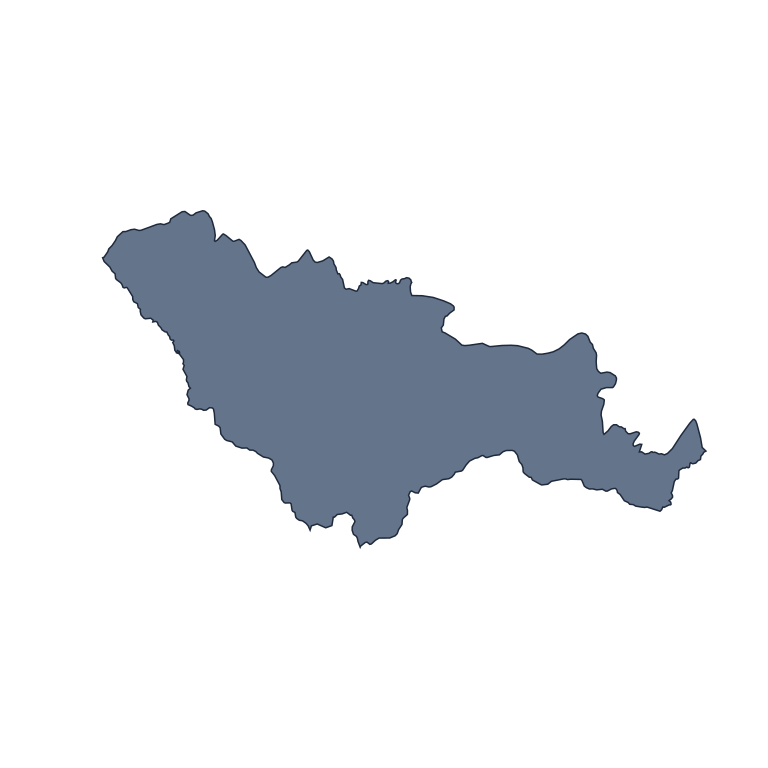 outline of Bagata, Bandundu, Democratic Republic of the Congo, rotated 217°
{"feature_id": "63176286B20425932648522", "entity_name": "Bagata", "entity_type": "district", "adm_level": 2, "iso_a3": "COD", "parent_name": "Democratic Republic of the Congo", "parent_adm1": "Bandundu", "projection": "mercator", "projection_center": [17.479, -3.93], "detail": "fine", "context": "isolated", "style": "filled", "palette": "slate", "viewbox_px": 768, "rotation_deg": 217, "n_neighbors": 0, "source": "geoboundaries", "source_scale": "gbopen_adm2", "svg_char_len": 6132}
<svg xmlns="http://www.w3.org/2000/svg" viewBox="0 0 768 768"><g transform="rotate(217 384 384)"><path d="M684.7,315.5L681.2,313.4L673.3,312.4L669.1,310.5L665.1,310.2L661.9,306.8L660.6,306.4L655.3,306.4L653.2,305.8L650.6,304.1L649.3,304.4L647.8,306.2L646.9,306.3L637.4,302.6L635.4,300.2L633.3,299.1L629.3,299.8L626.3,297.2L623.4,297.0L622.6,295.5L619.7,293.0L615.5,292.1L613.9,292.4L609.9,296.1L606.7,296.1L606.0,294.4L604.0,296.6L602.1,296.9L599.6,295.2L596.2,294.7L593.9,293.7L590.2,293.9L588.7,294.8L585.6,293.2L584.0,293.0L581.8,291.2L580.2,291.1L578.6,292.3L577.7,291.9L577.7,290.0L574.5,288.3L571.4,285.1L569.0,284.3L568.6,284.7L569.1,286.4L567.1,286.8L566.2,286.0L567.0,285.6L567.6,284.3L565.8,284.9L558.8,282.8L557.2,280.7L556.8,279.2L554.7,278.6L553.4,274.8L545.9,271.4L544.3,268.3L543.1,267.4L541.3,267.0L538.2,264.5L536.1,264.2L536.7,261.3L534.9,256.9L530.9,254.9L529.9,253.6L529.3,250.7L528.1,249.6L524.4,250.5L521.2,250.8L519.8,250.4L518.1,251.1L516.1,253.3L514.2,254.2L512.3,254.4L510.3,256.2L509.1,260.1L506.6,261.6L505.2,261.4L502.0,258.6L494.6,250.2L490.8,250.9L488.6,250.5L484.2,245.9L478.0,244.0L475.7,244.2L470.4,246.4L465.0,245.2L458.9,247.3L455.0,250.4L451.4,250.4L448.9,252.3L445.7,252.9L443.2,252.5L436.4,253.1L431.7,255.4L427.8,255.9L424.7,254.3L423.2,252.1L422.3,247.6L421.4,246.4L416.3,245.1L406.0,240.3L404.1,237.9L401.2,236.0L396.1,230.2L392.4,229.2L391.1,229.6L387.7,232.4L386.1,232.4L381.4,227.8L380.3,227.4L377.8,227.8L374.4,224.6L372.9,224.1L369.7,224.2L366.7,225.7L362.3,225.8L359.2,225.1L355.1,222.8L356.6,227.0L353.1,232.0L344.0,234.1L340.4,239.6L344.4,247.2L343.4,247.9L342.8,251.7L339.3,255.0L336.6,259.1L331.8,259.0L330.8,259.8L328.3,258.2L326.2,257.8L324.4,256.7L323.4,250.8L321.4,248.0L317.9,245.6L314.3,245.7L312.5,244.8L310.0,242.6L304.8,239.3L305.1,240.5L303.6,246.2L302.4,247.5L298.8,247.4L297.8,248.7L296.8,254.1L295.2,258.0L286.7,264.5L283.7,269.6L283.4,272.4L284.7,276.6L285.1,282.6L287.8,286.9L287.9,288.4L286.8,293.9L289.1,297.1L291.4,299.0L293.9,307.2L294.8,308.3L297.4,309.9L298.3,313.8L297.5,315.2L293.6,315.9L291.0,317.5L291.9,323.2L291.6,324.6L289.6,327.2L286.1,328.8L284.6,330.3L281.9,335.8L279.8,342.8L275.2,347.4L273.9,350.3L273.6,354.1L274.0,356.5L269.7,361.2L269.3,362.6L269.7,368.7L269.3,374.0L266.6,379.5L264.7,381.5L262.8,385.6L261.9,386.5L258.4,386.7L257.3,387.5L253.4,392.9L249.2,396.9L248.2,401.5L246.4,404.4L241.7,408.1L239.4,408.8L234.8,407.6L229.4,403.5L225.4,402.6L222.6,400.7L220.0,397.6L218.1,397.1L211.9,397.0L210.3,398.0L207.7,396.7L198.4,398.0L197.3,398.3L192.9,402.5L191.7,407.1L183.6,416.1L182.2,417.3L179.8,418.2L177.6,420.3L169.3,426.3L168.1,426.2L162.6,423.0L159.9,423.0L156.9,423.7L153.9,426.0L150.5,427.4L146.2,431.4L142.4,431.9L141.2,432.8L139.2,437.1L136.7,439.7L135.6,439.9L133.7,439.2L132.2,437.8L129.0,437.9L121.8,435.4L117.7,436.3L115.4,435.8L112.3,437.7L109.6,437.9L104.8,440.4L101.5,442.3L99.9,444.0L87.0,448.5L86.6,450.5L87.3,453.5L86.0,454.2L83.5,459.0L82.4,460.0L82.4,460.8L83.9,462.2L86.2,462.4L85.4,465.2L85.4,467.3L86.5,468.6L89.1,469.9L89.5,472.3L93.4,480.7L93.6,483.7L92.3,484.9L92.1,486.1L96.2,492.1L96.2,493.2L94.8,496.7L93.0,498.0L92.1,499.9L90.7,500.1L90.3,500.7L90.1,501.5L91.7,504.6L91.8,505.5L89.4,506.1L87.4,508.5L87.1,511.7L85.8,514.1L87.5,517.1L87.2,520.2L87.6,521.7L86.5,524.2L91.7,524.8L98.9,531.6L110.1,540.4L113.0,542.2L115.1,542.5L115.7,541.9L116.2,536.9L115.9,521.4L114.8,506.0L115.8,499.1L117.4,496.2L120.4,495.3L122.3,493.5L125.2,493.0L126.9,492.4L128.0,491.2L129.2,491.2L129.9,490.5L130.6,488.2L133.4,485.1L137.4,484.9L139.2,483.4L141.8,490.9L143.5,489.9L146.4,484.9L147.9,484.9L149.1,486.2L149.8,489.1L149.9,497.1L150.4,498.4L152.1,498.5L153.8,497.6L157.5,492.3L159.2,491.2L162.7,491.8L164.6,493.5L165.6,492.7L168.6,492.6L170.4,491.4L173.8,491.4L176.1,489.6L176.9,486.9L176.9,481.3L178.0,476.2L179.7,477.0L187.1,485.6L191.9,489.8L194.0,493.2L196.2,500.0L198.1,503.3L198.8,504.0L200.6,503.9L204.9,502.5L206.0,502.6L206.8,503.3L207.5,505.4L207.6,510.4L204.3,514.9L199.3,518.7L199.0,519.8L199.3,523.5L200.8,527.1L201.9,528.6L204.1,529.7L210.3,529.2L213.1,527.7L217.4,523.0L220.5,523.1L223.4,524.3L228.0,529.5L231.4,534.7L233.4,536.6L238.3,538.5L241.3,541.0L244.5,541.5L249.9,544.8L253.1,545.2L256.7,543.8L259.3,540.7L262.5,531.3L263.6,523.7L265.3,517.4L268.2,511.6L271.6,507.3L275.8,502.9L279.8,500.0L286.3,500.0L290.3,499.3L300.4,495.0L305.7,491.5L312.9,485.8L321.4,478.0L322.6,477.3L329.9,475.7L339.2,466.3L342.6,463.3L345.2,461.9L354.0,462.8L366.1,461.5L369.0,460.7L372.0,463.3L372.1,466.8L375.2,471.9L375.7,475.0L374.6,476.3L374.2,480.1L372.6,485.3L374.3,487.6L375.6,488.1L379.1,488.1L386.4,486.3L396.7,482.8L406.6,477.5L415.0,471.4L418.1,473.4L421.6,477.4L422.8,480.1L423.0,481.9L423.8,482.1L425.2,483.3L427.7,483.6L430.1,482.4L430.9,480.6L432.8,478.7L433.3,476.9L432.5,474.2L433.0,472.7L433.9,472.0L435.5,471.8L436.1,472.2L436.8,474.3L437.6,474.1L438.4,471.0L439.7,468.4L441.2,467.0L442.0,468.6L443.2,468.8L444.4,467.3L445.0,464.2L446.0,463.0L453.6,458.4L457.1,458.2L458.7,457.5L458.4,456.0L457.0,454.1L457.4,453.2L458.3,452.6L461.8,452.3L463.3,451.5L462.0,449.2L462.7,447.3L461.8,445.0L461.5,442.1L462.2,441.3L469.3,439.2L471.2,436.9L473.4,436.9L480.0,442.6L482.8,443.4L485.0,444.9L486.1,445.2L487.1,444.2L490.6,446.3L492.5,448.2L496.3,449.8L498.3,451.7L500.7,452.6L504.3,452.4L507.0,445.5L510.4,440.9L512.4,439.9L515.2,440.4L523.2,444.7L525.5,445.1L526.1,444.2L526.4,430.5L526.9,429.0L530.6,425.3L531.3,422.2L533.1,417.6L535.4,416.6L536.5,414.9L539.5,402.8L540.9,399.5L542.5,398.2L551.2,398.3L556.0,400.1L560.7,403.1L578.6,411.5L584.5,412.5L586.8,412.3L589.6,407.8L590.7,407.1L599.5,407.5L602.5,407.2L603.0,406.5L603.7,398.5L604.7,396.3L605.6,396.4L608.1,401.0L612.2,405.2L618.6,410.2L621.7,412.2L624.2,412.7L627.0,414.1L631.2,414.2L633.1,413.2L637.1,407.6L638.1,404.0L639.1,402.9L640.4,402.2L646.8,402.0L648.9,400.1L653.7,387.6L652.5,384.4L652.9,383.1L655.6,378.9L658.9,377.4L661.4,374.8L670.6,360.5L672.2,359.1L676.4,357.5L679.0,354.9L681.9,350.4L684.2,348.6L685.6,341.1L684.8,337.0L684.5,331.0L685.1,326.3L684.2,323.4L683.9,316.8L684.7,315.5Z" fill="#64748b" stroke="#1e293b" stroke-width="1.5"/></g></svg>